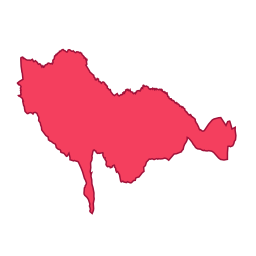 Ileje, Mbeya, United Republic of Tanzania, rotated 176°
{"feature_id": "72390352B17520994539919", "entity_name": "Ileje", "entity_type": "district", "adm_level": 2, "iso_a3": "TZA", "parent_name": "United Republic of Tanzania", "parent_adm1": "Mbeya", "projection": "equal_earth", "projection_center": [33.35, -9.39], "detail": "fine", "context": "isolated", "style": "filled", "palette": "rose", "viewbox_px": 256, "rotation_deg": 176, "n_neighbors": 0, "source": "geoboundaries", "source_scale": "gbopen_adm2", "svg_char_len": 5915}
<svg xmlns="http://www.w3.org/2000/svg" viewBox="0 0 256 256"><g transform="rotate(176 128 128)"><path d="M229.9,154.9L229.5,151.7L227.5,149.4L226.6,149.4L225.6,150.0L224.1,150.2L222.9,149.7L221.8,148.6L221.0,149.8L220.4,150.0L219.3,150.0L217.7,148.9L217.3,147.2L216.4,145.4L216.2,144.4L216.6,141.9L216.4,141.2L215.2,139.4L214.9,136.9L214.3,135.1L214.2,132.1L210.5,126.3L208.3,124.6L208.1,121.6L207.2,121.2L206.8,120.5L205.6,120.0L203.5,118.1L201.8,117.2L201.3,116.2L200.9,113.5L199.0,111.6L197.6,111.2L197.0,110.6L196.7,109.8L196.8,108.8L196.3,108.3L193.6,107.2L191.6,104.3L191.2,104.0L190.5,104.3L188.7,106.9L187.9,102.4L188.1,100.4L184.6,99.0L183.9,99.3L181.4,98.4L180.5,98.1L179.8,97.3L177.5,91.1L176.4,87.5L174.9,80.6L174.2,79.3L173.3,76.2L173.6,74.7L174.7,73.4L175.0,72.0L175.7,71.3L176.4,66.3L176.4,65.1L175.8,63.9L173.7,61.6L172.5,59.5L171.4,55.2L171.4,54.1L171.9,52.9L171.3,50.8L171.2,49.0L171.8,48.1L171.7,47.2L169.7,45.2L168.3,48.1L167.9,49.9L167.9,55.1L166.7,59.6L166.8,62.2L166.5,65.6L167.1,70.8L167.9,74.6L167.8,79.0L168.3,82.3L168.0,84.4L167.4,85.8L168.4,85.3L168.7,87.2L167.9,91.0L167.8,95.3L167.6,96.4L166.4,98.4L165.8,101.2L166.0,102.8L165.5,103.8L164.7,106.9L164.0,108.3L163.0,108.4L162.5,107.5L161.8,107.3L161.3,105.8L160.3,104.8L159.3,105.0L158.6,104.7L154.9,105.1L154.7,104.4L155.0,102.8L154.5,101.1L154.0,99.8L152.9,99.7L153.2,98.4L151.9,96.0L152.5,93.0L151.9,91.7L151.1,90.8L149.9,91.0L148.7,90.6L148.4,89.6L148.2,89.6L146.7,90.0L146.0,91.4L145.1,91.5L144.5,92.0L144.1,91.6L144.2,90.0L143.6,89.5L143.1,88.4L143.1,86.8L142.5,84.8L141.5,85.3L139.8,82.2L139.0,75.6L138.5,74.7L136.8,75.3L136.3,74.6L133.6,73.7L133.1,73.7L132.4,74.5L129.5,73.1L128.4,73.2L126.1,75.2L124.4,75.3L123.8,77.3L123.3,77.8L120.5,78.4L116.9,82.4L115.1,83.6L115.1,87.8L113.3,89.3L112.0,92.7L109.0,95.5L107.6,95.3L106.1,95.6L104.2,94.7L101.9,95.4L101.2,95.4L100.4,94.8L99.5,95.3L98.2,94.9L95.8,94.9L93.4,95.4L91.7,94.8L89.6,93.0L83.9,98.8L81.3,99.0L76.3,100.6L75.9,101.6L74.5,102.8L73.7,105.6L72.7,107.7L70.7,110.4L69.8,112.2L69.6,114.5L68.6,114.0L66.8,111.9L65.1,109.4L63.9,106.9L62.8,105.5L62.2,104.2L61.3,103.2L59.9,102.3L57.1,101.8L55.4,100.6L54.2,100.2L53.4,100.5L52.9,100.0L50.6,99.6L49.0,99.8L46.0,99.0L44.2,97.6L39.7,91.8L37.9,90.2L34.5,89.4L31.0,89.8L30.5,96.5L29.6,102.7L28.2,102.8L27.1,102.2L24.8,103.0L23.6,104.9L22.8,107.3L21.6,108.7L20.9,112.9L21.3,118.5L21.0,121.2L24.3,119.8L26.0,127.7L26.2,127.8L28.1,127.4L30.1,123.7L34.7,131.9L36.8,131.9L41.6,131.0L43.4,130.1L47.3,126.2L51.7,120.5L52.7,119.7L54.1,119.7L55.6,121.1L56.1,120.9L56.2,121.4L56.8,121.6L57.3,122.9L57.4,123.7L59.0,127.6L59.9,128.7L59.9,129.4L60.4,130.1L60.3,131.5L60.6,132.4L62.5,134.2L62.9,134.2L63.2,134.8L64.0,135.1L64.0,135.8L64.4,136.0L64.6,137.0L65.2,137.1L65.9,136.5L66.5,137.0L68.0,139.0L68.0,139.5L68.7,139.7L68.8,140.3L70.0,141.5L70.1,143.2L71.3,144.1L71.6,144.9L72.0,144.8L72.2,145.2L72.8,144.8L73.3,145.8L74.1,146.2L74.8,146.1L75.4,147.5L76.1,148.4L77.3,148.6L77.6,149.0L77.5,149.5L78.1,149.5L78.2,149.9L78.8,149.6L79.2,149.8L80.6,152.2L81.3,152.1L82.3,153.1L82.7,152.8L83.3,153.6L83.1,154.2L84.6,154.3L85.1,155.4L85.0,156.0L86.2,156.7L86.1,157.8L86.4,158.2L86.6,159.9L87.0,159.6L87.2,160.3L87.7,160.4L87.9,160.0L88.6,160.4L88.5,161.1L89.0,161.1L89.4,161.7L89.8,161.4L91.0,162.3L91.2,163.3L91.6,163.1L91.8,163.9L92.2,163.5L92.6,164.0L93.0,163.9L93.2,164.4L93.6,164.5L94.6,164.0L96.8,165.1L97.1,165.1L97.3,164.7L97.5,165.3L98.8,164.4L99.0,165.4L99.6,165.2L100.2,165.6L100.6,165.2L100.7,165.9L101.4,165.4L102.4,165.5L102.9,165.0L103.4,165.5L103.9,165.3L104.2,165.6L104.8,166.5L104.8,167.2L106.6,168.5L108.5,168.3L109.2,169.4L109.7,169.6L110.0,169.4L110.0,168.5L110.4,167.6L110.7,167.5L110.7,167.0L110.9,167.2L111.2,166.7L111.6,167.1L112.1,166.6L112.7,165.0L113.2,164.9L113.4,164.1L115.2,164.6L116.3,164.3L117.0,164.0L117.1,163.2L117.4,162.8L117.8,162.8L118.1,162.0L118.5,162.6L119.9,161.8L120.2,161.9L120.6,162.3L120.8,163.3L122.9,164.1L123.3,166.0L123.9,165.2L124.7,165.2L125.2,166.5L125.8,166.6L126.1,166.0L126.7,166.5L127.7,166.0L127.7,165.0L128.3,164.2L129.6,164.2L129.7,163.7L129.2,163.5L129.2,162.8L130.7,163.3L130.8,162.2L131.9,161.5L132.5,161.9L134.6,160.6L135.7,161.5L136.4,163.1L139.4,161.3L140.7,162.4L142.6,165.3L143.0,167.5L144.0,167.3L144.6,168.3L145.9,169.4L145.7,171.1L146.9,172.0L147.0,172.9L147.8,173.2L147.9,174.1L149.1,175.5L150.3,175.6L151.5,174.5L152.8,176.3L153.7,176.4L154.0,177.4L154.1,178.9L154.8,178.9L155.3,179.5L156.4,178.1L157.3,178.5L157.3,179.3L157.6,180.4L158.2,180.9L158.6,183.1L159.6,183.8L160.5,184.9L162.1,186.4L162.2,187.0L165.6,193.6L164.6,194.5L164.9,197.1L164.2,198.5L164.2,199.4L164.6,199.6L165.3,199.2L165.5,200.7L166.1,201.0L166.8,200.9L166.8,202.1L168.9,204.6L169.1,205.8L169.8,206.0L170.4,206.7L171.2,206.4L172.0,207.2L173.8,207.6L174.8,206.8L175.9,207.3L177.3,208.8L177.8,208.4L178.9,208.5L180.6,210.0L181.4,210.2L182.2,210.0L183.1,208.4L183.6,208.0L184.2,208.2L185.7,209.6L186.5,209.8L187.2,210.8L188.1,210.7L189.4,209.9L189.9,209.1L191.0,209.3L191.3,208.4L193.5,207.1L193.7,206.3L194.0,206.1L194.7,206.3L195.2,205.3L196.2,204.9L196.8,202.1L197.9,201.2L198.3,200.4L198.3,198.4L199.2,197.2L199.7,197.8L200.7,197.4L202.6,198.3L203.8,198.0L204.2,197.1L206.0,196.7L207.8,194.4L208.0,194.4L208.2,195.3L208.6,196.0L209.6,194.8L210.6,197.1L211.5,198.2L212.8,197.8L213.1,198.0L213.9,199.7L215.7,201.6L217.2,200.7L217.6,201.0L218.6,203.2L220.9,202.2L221.8,202.7L223.2,202.6L224.8,203.2L227.0,205.0L227.6,204.6L227.9,205.9L228.3,206.1L229.8,205.7L230.1,204.6L230.3,197.2L229.9,191.2L229.6,190.1L229.4,183.9L233.0,182.1L235.1,180.6L235.1,180.2L234.0,178.9L233.8,179.2L233.1,178.6L231.8,176.9L232.2,175.5L232.5,175.4L232.5,174.5L232.1,173.5L232.5,172.9L232.2,172.8L232.6,170.8L232.3,169.1L232.7,168.8L232.7,168.2L235.0,168.0L234.7,167.5L233.3,166.8L231.4,164.9L230.6,162.2L231.1,162.2L231.1,161.8L230.5,157.5L229.9,156.8L229.9,154.9Z" fill="#f43f5e" stroke="#9f1239" stroke-width="1.5"/></g></svg>